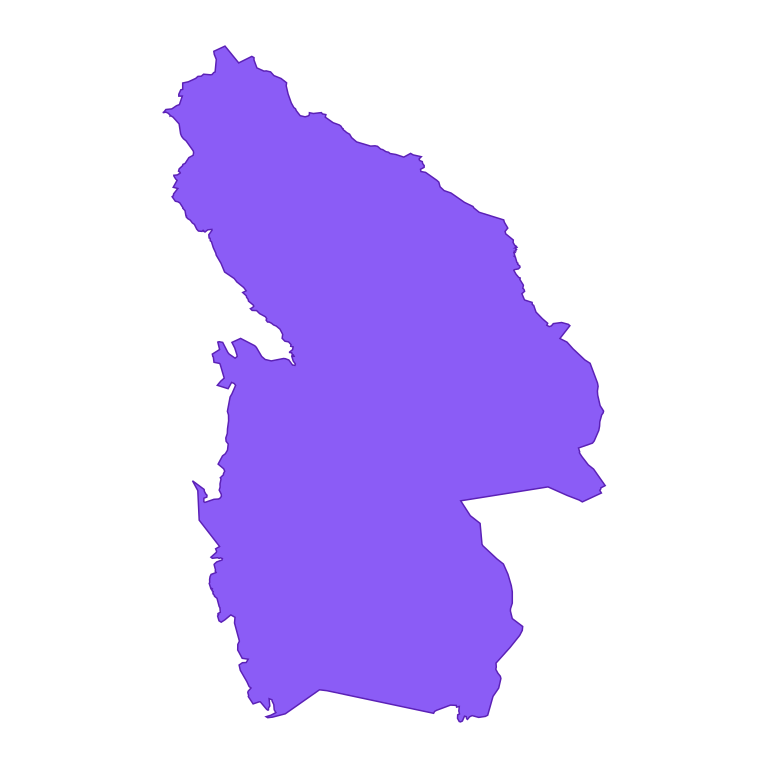 Cotmeana, Arges, Romania (Natural Earth projection)
{"feature_id": "2599482B54766849205701", "entity_name": "Cotmeana", "entity_type": "district", "adm_level": 2, "iso_a3": "ROU", "parent_name": "Romania", "parent_adm1": "Arges", "projection": "natural_earth1", "projection_center": [24.603, 44.996], "detail": "fine", "context": "isolated", "style": "filled", "palette": "violet", "viewbox_px": 768, "rotation_deg": 0, "n_neighbors": 0, "source": "geoboundaries", "source_scale": "gbopen_adm2", "svg_char_len": 6100}
<svg xmlns="http://www.w3.org/2000/svg" viewBox="0 0 768 768"><path d="M496.0,663.1L510.1,647.4L519.7,635.4L522.3,630.4L522.7,626.5L512.3,618.6L510.4,611.0L510.5,608.8L512.3,603.1L512.3,591.8L511.3,585.7L508.0,574.4L503.4,564.0L496.9,558.9L482.9,545.8L482.0,544.2L480.1,523.4L470.3,515.7L460.7,500.8L548.0,486.9L567.1,495.4L579.3,500.1L582.3,501.9L601.4,493.0L599.8,490.3L600.8,488.9L600.8,487.9L605.2,485.6L593.6,469.1L588.3,464.9L581.9,456.6L579.4,452.8L579.7,451.9L578.5,448.0L592.5,443.1L594.2,441.0L598.8,430.4L599.6,426.1L599.8,421.8L601.7,414.9L603.1,413.0L603.6,411.1L600.1,405.6L597.7,395.1L597.4,391.1L598.1,386.3L597.5,383.0L590.1,363.3L584.8,359.9L573.0,348.8L567.0,342.1L559.9,338.5L569.9,325.7L568.3,324.3L561.6,322.5L553.3,323.6L551.4,325.9L549.2,326.6L546.8,325.2L547.7,323.3L542.4,318.7L536.0,312.1L533.7,305.4L532.3,304.5L532.1,302.4L524.9,300.1L524.3,299.5L521.9,293.7L524.6,291.3L524.0,289.4L522.8,288.3L523.4,285.2L519.9,279.5L520.2,278.0L518.7,277.4L516.1,274.3L513.8,270.3L514.3,269.7L518.4,268.9L520.0,267.3L519.8,266.0L517.7,264.3L517.9,263.2L516.9,262.5L515.4,257.2L514.3,256.3L515.0,256.2L513.9,252.7L515.1,252.5L514.3,251.3L515.9,250.9L515.7,250.1L516.5,249.5L515.8,248.9L515.9,248.1L515.3,248.0L517.0,247.3L516.4,246.6L515.5,246.6L515.7,245.8L514.8,245.4L513.1,242.5L513.3,240.0L505.7,233.8L505.1,231.4L507.8,228.1L504.4,222.3L503.7,219.9L479.2,212.3L473.9,208.0L473.0,206.5L464.5,202.4L451.0,193.0L444.1,190.6L440.1,186.8L438.8,182.1L436.8,180.3L425.6,172.4L420.9,171.5L420.5,169.3L424.1,167.4L424.2,165.6L422.6,163.4L422.3,161.6L420.1,160.7L419.2,159.7L419.2,158.8L421.3,156.7L413.2,154.9L410.6,153.4L403.8,157.1L395.9,154.5L390.0,153.5L388.5,152.2L386.0,151.7L382.7,149.6L380.7,149.1L377.5,146.3L375.0,145.8L370.6,146.1L356.6,141.9L351.6,137.6L349.6,134.2L346.9,132.7L343.0,129.5L343.1,128.7L342.3,128.3L340.9,126.1L339.2,124.9L333.1,122.7L325.3,117.2L325.9,114.6L322.4,113.9L321.4,112.6L313.3,113.5L309.4,112.7L309.3,115.0L308.0,116.0L305.1,116.8L300.2,115.7L296.3,110.7L295.5,108.8L293.8,107.5L291.3,103.0L288.1,94.0L286.2,85.8L286.6,82.8L281.1,78.5L273.9,75.6L270.6,71.9L266.3,70.9L263.9,71.1L256.9,67.9L254.0,60.0L254.0,57.6L251.8,56.4L238.7,62.9L225.0,46.1L213.8,51.3L214.3,54.5L216.3,59.4L215.1,71.9L213.7,72.6L212.1,74.5L210.6,74.8L203.6,74.2L201.3,76.2L197.9,76.4L195.7,78.4L188.3,81.8L182.7,83.0L182.7,89.4L180.8,89.8L178.8,94.2L178.8,96.1L182.3,96.1L179.4,104.6L176.5,105.7L171.8,108.9L165.9,109.5L164.1,111.8L162.8,112.7L166.0,112.2L168.3,113.3L170.1,115.2L170.1,116.1L170.8,115.8L173.0,117.1L179.1,123.9L180.6,133.8L181.6,136.3L183.4,138.7L186.1,140.9L193.3,151.0L193.6,152.8L193.1,155.3L188.9,157.6L185.1,163.4L182.9,164.4L182.6,165.7L179.2,168.8L178.5,171.2L180.2,172.4L180.3,173.0L177.4,174.9L173.8,175.3L174.0,176.3L175.7,179.0L177.1,180.3L173.2,187.3L177.8,188.5L173.6,193.9L173.4,195.6L172.1,196.7L175.3,201.2L177.9,201.8L179.8,202.9L182.9,207.7L182.8,208.3L185.0,210.6L185.9,215.7L186.5,216.0L186.2,216.9L187.7,218.6L190.3,220.2L192.3,222.9L194.4,224.4L196.7,229.1L198.4,231.0L202.0,231.4L203.1,230.3L203.8,230.9L203.5,231.2L205.0,232.0L207.8,229.8L211.9,229.4L212.0,230.3L208.8,234.7L209.1,238.0L210.1,238.3L210.3,240.8L211.4,241.6L213.3,247.7L215.8,253.1L216.2,255.1L221.0,263.3L224.6,272.0L234.2,278.5L236.9,282.0L243.7,287.5L246.2,290.8L242.7,292.5L246.3,295.8L246.6,297.3L248.1,299.3L248.5,301.1L253.2,305.0L253.8,306.1L252.6,307.5L250.4,308.7L252.1,310.4L256.6,310.6L259.6,313.6L265.5,316.8L266.7,318.8L266.1,320.1L267.5,322.0L269.3,322.1L271.6,323.3L273.5,324.9L276.3,326.1L280.0,329.2L282.7,334.4L282.1,338.3L284.9,341.2L288.6,341.9L291.0,344.6L290.7,346.3L293.1,346.9L292.6,349.6L289.6,352.0L289.6,352.5L291.7,352.8L292.1,354.2L293.3,354.9L294.1,356.3L293.2,356.4L292.2,355.3L291.7,356.1L293.2,361.0L295.4,364.0L294.9,365.4L292.5,365.0L288.8,360.0L285.4,358.7L283.5,358.5L271.3,360.9L265.2,359.5L261.7,356.5L256.3,347.3L254.7,345.7L240.6,338.4L231.9,342.4L234.8,348.1L237.0,355.1L237.1,356.6L235.1,358.2L229.2,354.1L227.8,352.4L222.7,342.4L219.1,341.7L217.8,342.1L219.6,349.5L212.3,354.1L212.8,356.5L213.3,357.0L214.0,362.3L219.5,363.4L220.1,364.1L224.2,378.1L220.7,381.2L217.3,385.3L228.1,388.7L231.6,382.4L234.2,383.5L235.6,385.3L232.0,393.7L230.1,397.0L227.4,411.4L228.5,414.9L228.6,420.9L227.5,428.8L227.3,433.5L225.8,438.0L226.1,441.3L228.2,444.0L227.5,450.1L225.4,453.7L222.5,455.9L218.1,464.1L223.7,468.8L224.7,471.2L223.5,473.5L223.4,474.8L220.3,477.7L221.0,479.1L220.0,483.9L220.1,487.1L219.2,490.1L221.2,494.1L221.4,496.3L220.1,498.1L218.6,499.0L213.9,499.3L204.9,502.4L203.8,501.7L203.9,498.2L206.8,497.1L207.0,495.2L205.9,494.1L204.4,491.4L204.1,489.4L192.5,480.8L197.8,490.6L199.2,520.2L219.6,546.5L215.6,548.8L216.6,551.2L216.3,552.4L210.9,557.2L212.3,558.3L217.5,557.7L219.2,558.4L220.4,557.8L222.4,558.6L222.0,560.0L216.7,561.9L214.3,564.1L214.1,564.6L215.5,569.9L215.2,571.1L216.1,572.5L211.1,574.4L210.1,576.5L209.6,579.4L209.7,582.4L209.2,583.4L210.7,588.0L211.9,588.5L211.1,589.0L212.3,590.0L212.0,590.7L213.2,591.6L212.8,593.0L213.3,593.6L213.3,594.3L214.5,595.5L214.5,596.3L217.0,598.3L219.2,606.6L219.9,607.6L220.3,612.3L218.0,613.5L217.9,614.2L218.6,614.7L217.6,616.0L219.0,620.8L221.2,622.2L224.8,619.9L230.8,614.9L235.0,617.3L234.5,623.0L239.4,641.1L237.8,644.4L237.7,650.0L242.2,658.3L248.2,659.2L246.2,662.5L242.4,662.7L239.1,665.0L240.3,670.3L246.9,681.7L249.1,686.5L251.0,688.0L248.1,691.3L247.8,692.6L248.6,695.4L248.3,696.6L253.1,703.9L259.3,701.8L260.4,701.9L266.6,709.3L268.0,710.2L268.5,709.8L268.5,708.1L269.8,706.0L269.1,698.7L272.0,699.8L272.1,701.0L273.8,704.6L274.2,709.8L275.9,712.6L270.9,715.2L266.1,716.7L267.7,717.7L272.7,717.1L285.3,713.8L319.5,689.8L327.0,690.7L433.6,713.3L434.6,711.4L436.6,710.3L450.5,705.1L456.3,705.4L456.6,707.1L459.3,706.5L458.8,711.0L459.5,713.9L457.7,714.8L457.5,718.3L459.2,721.5L460.5,721.9L462.4,721.0L464.5,716.2L466.2,716.6L466.7,718.8L467.5,719.4L469.6,716.8L472.1,715.6L478.7,717.4L485.4,716.4L487.7,715.2L493.0,696.4L498.7,688.1L500.9,678.5L500.3,676.2L497.9,673.2L495.8,669.3L496.3,667.0L496.0,663.1Z" fill="#8b5cf6" stroke="#5b21b6" stroke-width="1.5"/></svg>